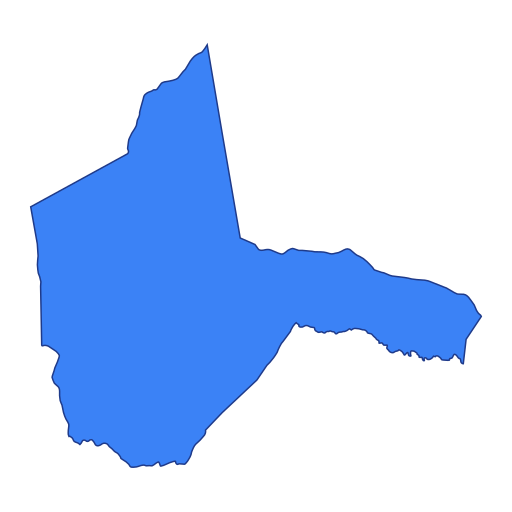 Valle de Angeles, Francisco Morazán, Honduras
{"feature_id": "27666195B29826450958821", "entity_name": "Valle de Angeles", "entity_type": "district", "adm_level": 2, "iso_a3": "HND", "parent_name": "Honduras", "parent_adm1": "Francisco Morazán", "projection": "robinson", "projection_center": [-86.986, 14.163], "detail": "fine", "context": "isolated", "style": "filled", "palette": "blue", "viewbox_px": 512, "rotation_deg": 0, "n_neighbors": 0, "source": "geoboundaries", "source_scale": "gbopen_adm2", "svg_char_len": 6016}
<svg xmlns="http://www.w3.org/2000/svg" viewBox="0 0 512 512"><path d="M481.3,316.5L480.7,315.3L478.5,313.4L477.5,312.0L476.5,310.4L474.2,305.0L472.1,302.0L468.6,297.3L467.0,295.8L465.6,294.9L463.7,294.3L458.2,294.1L457.0,293.9L454.1,292.5L446.4,288.0L443.2,286.8L430.4,281.7L427.9,280.8L424.8,280.2L416.6,279.6L411.8,279.0L408.0,278.1L404.5,277.5L392.2,276.0L389.7,275.3L383.8,272.8L381.7,272.4L374.6,270.0L374.0,269.6L372.6,267.5L369.7,264.4L366.9,261.6L365.1,260.1L363.3,258.6L361.6,257.6L359.7,256.5L356.9,255.2L355.1,253.9L350.5,250.0L349.8,249.5L348.9,249.2L347.5,248.9L346.0,249.1L344.0,249.9L341.4,251.3L338.5,252.6L335.5,253.2L333.4,253.7L331.7,253.9L329.7,253.6L326.3,252.6L323.7,252.1L320.9,251.9L314.8,251.8L312.0,251.3L302.2,250.4L298.7,250.4L293.7,248.7L292.4,248.5L290.6,249.0L288.1,250.2L287.2,250.9L285.1,252.6L283.4,253.7L282.3,254.0L281.1,254.0L278.7,253.3L271.0,250.1L269.3,249.6L267.8,249.5L266.1,249.6L263.1,250.2L261.4,250.3L260.3,250.2L259.5,249.9L258.8,249.6L258.3,249.1L255.0,244.5L240.2,238.0L222.3,134.0L207.2,44.8L204.8,48.6L202.3,51.8L201.2,52.6L198.6,53.6L195.7,55.3L194.2,56.5L192.3,58.5L190.3,61.1L185.4,69.3L183.1,71.6L179.1,76.7L177.7,78.3L175.9,79.3L172.9,80.3L168.8,81.2L164.4,81.9L162.5,82.6L161.6,83.1L160.9,83.9L157.0,89.3L155.5,89.9L154.1,89.8L153.5,89.9L151.6,91.1L148.8,92.1L147.2,92.9L146.1,93.7L145.0,94.6L144.3,95.5L143.7,96.9L143.2,99.1L141.0,106.9L140.1,110.4L139.6,112.6L139.6,114.2L139.4,115.3L138.6,117.6L137.6,119.6L137.3,120.5L136.4,125.4L135.7,126.9L134.7,128.7L131.8,133.2L129.4,138.2L128.8,139.7L128.4,142.0L127.6,148.3L127.8,149.2L128.4,150.7L128.5,151.7L128.3,152.6L127.7,153.7L30.7,206.8L37.3,243.8L38.1,256.0L37.7,259.9L37.4,264.8L37.8,269.6L38.3,273.1L39.7,276.8L40.9,281.8L40.6,286.3L41.7,345.1L42.0,345.7L42.3,345.8L42.8,345.8L44.0,345.4L45.6,345.4L47.2,345.7L48.6,346.3L56.2,351.4L58.3,353.7L59.3,355.4L59.3,356.0L59.1,357.1L57.4,362.0L54.8,368.0L54.2,370.4L52.3,376.1L52.1,377.4L53.0,380.1L54.3,383.1L55.5,384.3L58.2,386.7L58.8,387.6L59.2,388.5L59.5,389.8L59.6,391.2L59.6,395.7L60.2,400.6L61.1,403.0L62.0,405.1L63.5,412.4L64.7,416.1L66.0,419.1L67.8,422.1L68.7,424.1L68.8,425.0L68.8,426.1L68.3,430.3L68.2,432.9L68.3,434.5L68.9,436.3L69.0,436.5L69.8,436.3L70.1,436.4L72.1,437.8L73.0,439.2L73.6,440.6L74.3,441.5L75.7,442.2L77.5,442.8L78.7,443.5L79.9,444.5L81.2,443.1L82.4,440.9L82.8,440.5L83.4,440.2L84.1,440.1L84.8,440.2L85.5,440.5L86.5,441.2L87.6,441.4L88.6,441.1L89.5,440.3L89.9,440.0L91.2,439.7L91.8,439.8L92.6,440.4L94.1,442.3L95.1,444.2L95.5,444.8L96.1,445.3L97.0,445.7L98.0,445.8L99.5,445.4L100.6,444.9L102.2,443.8L103.5,443.3L105.0,443.2L106.6,443.7L107.3,444.1L107.8,444.6L109.3,446.6L112.0,448.8L114.5,451.4L115.4,452.0L117.3,453.1L118.3,454.0L120.1,456.4L120.5,457.1L120.8,458.1L121.0,458.5L126.2,461.9L128.8,464.3L130.1,466.4L130.6,466.8L131.3,467.1L133.3,467.2L136.4,466.9L138.3,466.4L141.0,465.5L143.1,465.1L144.5,465.2L145.8,465.7L146.4,465.8L149.4,465.6L151.3,465.8L152.0,465.8L152.6,465.5L154.0,464.7L156.7,462.7L158.3,462.0L158.8,462.2L159.3,463.0L159.8,464.3L160.3,465.7L160.5,466.0L160.9,466.1L163.7,465.3L169.9,462.6L173.0,461.6L174.8,461.2L175.2,461.2L175.5,461.4L175.6,461.7L175.6,462.4L175.8,462.9L176.6,464.0L177.2,464.3L177.8,464.3L178.8,463.9L179.4,463.8L184.5,464.2L185.0,464.0L186.2,462.8L187.7,460.9L188.8,459.1L190.1,456.8L191.0,454.6L191.6,452.0L192.3,450.2L193.4,447.7L194.5,445.7L195.9,444.0L198.2,441.9L200.2,440.0L203.2,436.6L204.6,434.9L205.3,433.3L205.5,432.5L205.6,431.3L205.5,430.1L222.2,412.6L256.9,380.0L266.9,365.3L269.8,362.4L273.6,357.7L275.4,355.1L277.1,352.4L278.2,349.6L279.5,346.8L281.4,343.4L283.2,341.2L290.4,331.5L291.0,329.8L292.9,326.4L294.7,324.1L296.2,322.7L297.3,323.7L298.7,324.6L299.0,325.1L298.8,325.8L298.9,326.1L299.3,326.6L299.8,326.9L300.8,327.1L302.5,327.0L305.1,325.7L306.2,325.5L307.2,325.6L308.2,325.9L310.4,327.0L314.2,327.6L314.6,328.2L314.8,329.5L315.3,330.5L315.7,330.9L316.4,331.2L317.8,332.1L318.4,332.3L319.1,332.3L321.8,331.8L322.9,332.5L324.2,333.0L325.1,332.8L326.0,332.0L326.8,331.6L327.8,331.4L328.8,331.5L329.7,331.0L330.5,331.0L332.3,331.7L333.7,331.8L334.2,332.1L335.6,333.7L336.0,333.8L336.4,333.8L336.9,333.6L337.9,332.8L339.2,332.2L341.7,332.0L343.1,331.5L344.4,331.5L345.7,331.1L347.0,330.5L349.1,329.0L349.6,328.8L351.3,330.0L352.6,329.1L354.1,328.5L355.0,328.4L359.1,328.8L362.6,329.8L364.3,329.9L365.3,330.3L366.3,331.0L367.1,331.9L367.4,332.7L367.8,333.0L368.8,333.3L370.7,333.7L371.5,334.0L371.9,334.3L373.6,336.2L375.8,338.2L376.3,339.1L376.7,339.5L378.7,340.7L379.1,342.1L379.0,342.9L379.2,343.2L381.8,342.9L382.4,343.3L383.6,345.0L384.9,345.2L386.4,345.1L387.1,345.2L387.2,345.5L387.3,345.9L386.9,347.5L386.8,348.1L387.0,348.5L387.5,349.2L388.5,350.2L389.4,351.4L390.2,352.0L391.3,352.5L392.5,352.7L393.6,352.5L394.5,351.9L395.4,351.4L397.9,350.8L398.6,350.0L399.2,349.9L400.5,350.5L402.0,351.6L402.6,352.3L404.3,355.0L404.6,355.0L404.9,354.9L407.0,352.7L407.5,352.5L407.8,352.6L408.0,353.0L408.6,355.2L408.9,355.6L409.6,356.0L410.4,356.1L410.8,356.0L410.9,355.7L410.5,353.8L410.6,352.3L410.8,351.4L411.2,351.0L411.6,350.9L413.8,351.1L414.5,351.4L416.8,353.0L417.1,353.5L417.1,354.1L417.2,354.3L418.4,355.1L418.8,355.5L419.1,356.1L419.0,356.8L419.3,357.3L420.2,357.4L421.5,357.3L422.0,357.4L422.2,357.8L422.4,359.0L422.9,360.0L423.4,360.6L423.9,360.7L424.3,360.6L424.4,360.3L424.1,359.3L424.1,358.4L424.3,358.1L424.7,357.9L425.4,357.8L426.0,358.0L426.7,358.5L427.1,359.2L427.5,359.4L428.3,359.5L429.1,359.5L430.2,359.2L431.5,358.4L432.5,357.6L433.5,356.2L435.3,356.7L435.9,356.0L437.0,355.8L438.0,356.1L439.6,357.2L440.7,358.2L441.5,359.5L441.9,359.8L443.1,360.0L447.5,360.3L448.3,360.3L448.7,360.1L449.2,360.2L449.5,359.8L449.6,358.9L449.8,358.6L450.1,358.5L451.2,358.3L452.2,357.8L453.7,354.9L454.2,354.4L454.7,354.3L455.5,354.6L456.5,355.4L458.2,357.7L458.9,358.3L459.2,358.5L459.8,358.6L460.2,358.9L460.6,359.9L460.9,361.8L461.2,362.6L462.1,363.4L462.9,363.7L463.3,363.7L466.1,339.3L481.3,316.5Z" fill="#3b82f6" stroke="#1e3a8a" stroke-width="1.5"/></svg>